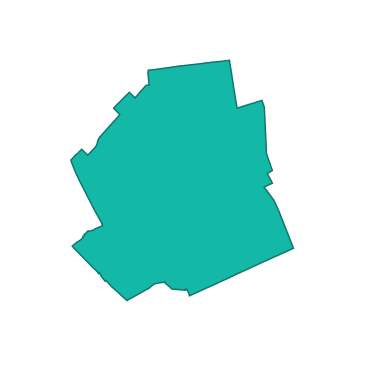 outline of Veenendaal, Utrecht, Netherlands, rotated 220°
{"feature_id": "6326949B99010432218754", "entity_name": "Veenendaal", "entity_type": "district", "adm_level": 2, "iso_a3": "NLD", "parent_name": "Netherlands", "parent_adm1": "Utrecht", "projection": "albers", "projection_center": [5.554, 52.023], "detail": "fine", "context": "isolated", "style": "filled", "palette": "teal", "viewbox_px": 384, "rotation_deg": 220, "n_neighbors": 0, "source": "geoboundaries", "source_scale": "gbopen_adm2", "svg_char_len": 5665}
<svg xmlns="http://www.w3.org/2000/svg" viewBox="0 0 384 384"><g transform="rotate(220 192 192)"><path d="M211.0,69.5L211.0,70.5L210.9,70.5L208.5,69.7L208.3,69.5L207.8,69.3L204.9,68.6L202.6,68.1L201.1,67.8L201.0,69.0L200.2,68.9L198.1,68.6L196.1,68.2L194.0,68.0L192.8,67.8L189.5,67.7L187.0,67.7L184.7,67.6L178.9,67.3L175.4,67.2L174.8,67.1L173.8,67.1L172.1,67.0L171.8,68.0L170.4,71.5L168.3,77.0L164.4,87.3L163.6,89.4L163.4,89.6L163.2,90.0L163.2,90.3L163.0,91.1L162.5,94.0L162.3,95.1L162.0,96.0L161.8,96.7L161.6,97.2L161.2,98.0L160.7,99.0L159.1,100.8L157.5,102.7L157.0,103.3L156.4,103.7L155.8,104.1L155.1,105.7L153.5,104.9L151.0,105.0L148.4,104.9L145.9,104.8L145.1,104.7L136.5,110.7L135.1,111.8L134.4,112.1L134.1,112.3L133.9,112.5L134.5,112.9L133.9,113.6L133.7,113.8L133.5,114.1L133.4,114.3L132.6,113.8L131.6,113.3L130.4,112.9L129.5,112.6L128.7,112.0L128.4,111.8L127.3,110.8L127.0,111.3L126.7,111.9L126.3,112.8L125.9,113.5L125.4,114.7L124.8,115.9L124.2,117.3L123.9,117.8L123.2,119.1L122.6,120.5L122.4,121.1L121.7,122.4L121.3,123.2L120.9,124.1L120.6,124.8L120.2,125.6L119.7,126.6L119.4,127.2L118.7,128.8L118.3,129.5L117.9,130.2L117.7,130.6L117.6,130.9L117.3,131.6L116.5,133.1L116.1,134.0L115.8,134.6L115.3,135.6L115.1,135.9L115.0,136.2L114.8,136.7L114.7,136.9L114.5,137.4L114.4,137.6L114.1,138.2L113.9,138.6L113.7,139.2L113.4,139.9L113.2,140.3L112.9,140.9L112.7,141.3L112.3,142.0L112.0,142.8L111.8,143.2L111.5,143.8L111.3,144.3L111.0,144.8L110.8,145.3L110.4,146.1L110.2,146.4L110.1,146.8L109.9,147.0L109.7,147.4L109.5,148.0L109.2,148.5L109.0,149.2L108.6,149.9L108.5,150.3L108.4,150.5L108.2,150.9L108.0,151.4L107.7,152.0L107.3,152.8L106.4,154.9L105.9,155.9L105.7,156.4L105.4,157.1L105.2,157.5L104.6,158.8L104.3,159.4L104.0,159.9L103.5,160.9L103.2,161.7L102.9,162.3L102.5,163.0L102.3,163.6L101.9,164.4L100.9,166.3L100.7,166.8L100.6,167.0L99.1,170.2L98.7,171.0L98.5,171.6L98.4,171.7L98.1,172.4L97.4,173.8L97.1,174.4L96.7,175.3L96.3,176.1L96.0,176.7L95.6,177.6L95.1,178.8L94.9,179.2L92.6,184.0L91.0,187.2L89.7,190.0L89.5,190.5L89.3,190.7L89.0,191.5L88.7,192.1L87.8,194.0L86.5,196.7L86.1,197.4L85.0,199.7L84.5,200.8L83.5,202.8L83.4,203.1L82.8,204.3L81.5,206.9L80.1,209.9L79.3,211.6L79.2,211.8L78.1,214.1L80.6,215.5L87.9,219.5L93.1,222.3L100.2,226.1L100.3,226.2L103.1,227.7L103.2,227.8L107.0,229.8L113.3,233.3L123.0,237.8L124.7,238.5L129.0,239.5L137.2,241.5L138.8,241.8L139.9,242.1L139.8,242.4L139.3,243.5L138.8,244.5L137.9,246.6L137.4,247.7L136.4,249.7L136.1,250.5L136.9,250.8L138.4,251.4L140.1,252.1L140.7,252.3L142.4,253.0L143.0,253.3L144.2,253.7L145.8,254.4L146.2,254.5L145.9,255.3L145.7,256.1L145.2,257.3L144.9,258.1L144.6,259.1L144.2,260.1L148.3,262.5L155.5,266.8L156.9,267.6L157.3,267.8L158.9,268.8L159.4,269.1L159.5,269.2L160.1,269.8L162.7,272.7L165.0,275.2L167.3,277.6L168.1,278.5L168.4,278.9L170.8,281.4L174.2,285.1L176.2,287.2L179.1,290.4L182.9,294.5L183.1,294.8L185.7,297.6L186.2,298.1L187.6,299.7L191.1,303.4L191.9,303.9L197.3,307.1L201.9,299.9L205.0,295.2L207.7,290.9L207.8,290.8L208.2,290.2L208.4,289.7L208.9,289.0L209.6,288.0L210.6,286.4L211.5,285.1L213.6,287.1L215.7,288.9L217.3,290.3L219.3,292.0L220.6,293.1L224.4,296.4L230.6,301.8L235.6,306.2L238.1,308.4L239.0,309.2L240.4,310.4L245.2,314.5L247.9,316.9L248.0,317.0L253.7,310.7L254.2,310.4L255.8,308.6L256.4,308.0L256.8,307.7L257.7,306.7L258.4,305.8L259.0,305.2L259.5,305.0L262.9,301.2L263.4,300.7L264.2,299.9L265.4,298.6L266.5,297.3L269.9,293.7L275.8,287.5L281.5,281.4L281.8,281.4L282.4,280.7L289.1,273.1L293.4,268.3L297.4,263.9L300.8,260.2L303.0,258.0L303.1,257.9L303.4,257.6L303.7,257.4L303.6,256.9L303.2,256.2L302.8,255.6L302.7,255.4L302.2,254.9L302.0,254.7L301.8,254.4L301.5,254.0L301.2,253.6L301.0,253.4L300.7,253.2L300.2,252.8L299.9,252.7L299.4,252.2L298.8,251.5L298.4,251.1L297.7,250.4L296.9,249.6L296.3,249.0L295.6,248.3L295.3,248.0L295.1,247.8L294.5,247.2L293.8,246.6L293.5,246.3L294.8,245.2L295.2,244.8L295.4,244.5L295.5,244.4L295.6,244.2L295.7,243.9L295.7,243.6L295.7,243.4L295.8,243.2L295.8,242.7L295.8,241.6L295.8,241.0L295.8,240.8L295.9,239.4L295.9,237.8L296.0,236.3L296.2,236.1L296.1,235.5L295.9,235.3L295.9,235.1L296.0,234.2L296.0,233.1L296.0,232.3L296.1,230.5L296.1,229.5L296.2,227.5L296.3,227.5L304.1,228.1L304.1,227.8L304.4,224.9L304.6,222.3L304.9,219.4L305.0,218.1L305.3,214.4L305.5,212.2L305.7,210.0L305.9,205.8L298.1,205.0L297.0,204.9L297.1,202.8L296.9,202.7L296.9,200.8L297.1,200.8L297.2,196.5L297.3,196.5L297.4,192.2L297.6,187.5L297.7,182.9L297.8,180.2L297.9,175.5L297.7,175.5L297.7,174.7L297.9,174.7L297.8,173.9L297.7,173.1L297.6,172.3L297.4,171.6L297.1,170.8L296.9,170.3L296.6,169.6L295.9,168.3L295.6,167.6L295.4,166.9L295.2,166.1L295.0,165.4L294.9,164.1L294.9,163.3L294.9,163.2L295.1,160.3L295.2,158.3L295.4,156.0L295.4,155.0L295.5,153.8L295.5,153.2L300.1,153.5L301.1,153.6L304.0,153.8L304.2,151.3L304.5,146.5L304.8,146.5L305.1,144.4L305.0,143.5L305.3,138.6L302.8,137.0L302.4,136.8L301.9,136.5L299.7,135.3L295.2,132.9L291.0,130.9L286.5,128.8L286.2,128.7L284.8,128.0L284.2,127.8L281.7,126.7L277.8,125.1L273.8,123.4L268.7,121.2L262.3,118.5L261.2,118.1L260.8,117.9L256.8,116.2L256.5,116.0L250.2,113.6L242.4,110.6L241.8,110.6L241.4,110.3L240.7,109.9L240.8,109.7L238.8,108.8L240.3,105.8L241.1,104.3L241.7,103.0L242.5,101.7L242.6,100.3L244.6,97.2L245.8,95.4L246.6,95.5L246.7,94.9L246.8,93.4L246.9,91.9L247.0,90.6L247.2,90.3L246.5,90.2L246.6,87.8L246.4,87.0L246.6,87.1L246.3,86.5L246.4,84.6L247.1,81.7L247.4,81.0L247.6,80.4L247.8,79.8L247.9,79.2L248.3,77.3L249.0,73.6L248.3,73.5L246.0,73.0L244.3,72.9L237.0,72.2L225.8,71.1L224.0,70.9L220.3,70.5L219.4,70.4L217.6,70.4L215.7,70.2L212.8,70.0L212.3,70.0L212.1,69.6L211.0,69.5Z" fill="#14b8a6" stroke="#0f766e" stroke-width="1.5"/></g></svg>